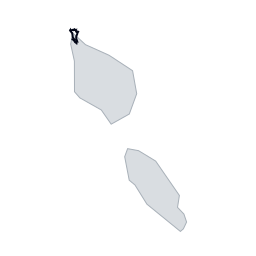 location of Falealupo, Vaisigano, Samoa, rotated 39°
{"feature_id": "51752279B91405763132187", "entity_name": "Falealupo", "entity_type": "district", "adm_level": 2, "iso_a3": "WSM", "parent_name": "Samoa", "parent_adm1": "Vaisigano", "projection": "orthographic", "projection_center": [-172.771, -13.521], "detail": "medium", "context": "in_parent", "style": "outline", "palette": "ink", "viewbox_px": 256, "rotation_deg": 39, "n_neighbors": 0, "source": "geoboundaries", "source_scale": "gbopen_adm2", "svg_char_len": 1335}
<svg xmlns="http://www.w3.org/2000/svg" viewBox="0 0 256 256"><g transform="rotate(39 128 128)"><path d="M95.5,80.6L113.2,95.9L120.2,116.3L112.5,135.6L95.9,130.8L71.6,134.9L63.6,133.5L44.2,109.7L30.7,98.9L25.3,88.9L42.5,90.0L67.5,83.4L95.5,80.6ZM233.8,175.4L190.7,175.3L169.3,167.9L161.8,167.8L143.5,152.4L140.7,144.3L150.4,139.0L170.3,136.3L210.4,148.1L216.4,158.5L225.6,159.7L232.7,164.2L234.5,171.5L233.8,175.4Z" fill="#d9dde1" stroke="#a8b0b8" stroke-width="1"/><path d="M28.7,84.6L28.4,84.6L28.2,84.7L28.2,84.8L28.0,85.0L28.0,85.3L27.9,85.5L27.7,85.7L27.6,85.8L27.4,85.8L27.0,85.6L26.8,85.4L26.6,85.4L26.4,85.1L26.2,85.1L25.9,85.1L25.7,85.0L25.6,84.9L25.4,85.0L25.4,84.9L25.3,85.0L25.3,84.9L25.2,85.0L24.8,85.1L24.7,85.1L24.3,85.0L24.2,85.3L24.0,85.6L24.0,85.8L23.8,86.0L23.7,86.1L23.5,86.3L23.4,86.4L23.5,86.5L23.4,86.6L23.2,86.7L23.0,86.8L22.9,86.9L22.9,87.0L22.6,87.6L22.4,87.8L22.2,88.0L21.9,88.3L21.7,88.4L21.6,88.5L21.5,88.4L21.5,88.5L24.2,89.3L24.7,89.3L24.8,89.3L25.8,90.2L26.4,90.7L27.3,91.6L28.1,92.3L29.5,92.7L30.5,93.0L29.6,93.9L31.3,94.0L32.1,94.3L32.1,94.2L32.7,94.3L34.1,94.5L34.6,94.5L34.0,93.4L33.5,93.0L33.3,92.7L32.7,92.1L32.6,91.9L32.8,91.9L31.7,91.2L30.4,89.8L30.3,89.4L30.0,89.0L29.5,87.2L29.3,86.8L28.9,85.9L28.8,85.6L28.7,85.3L28.7,85.0L28.7,84.6Z" fill="none" stroke="#020617" stroke-width="2"/></g></svg>